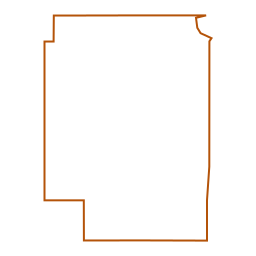 the district of Craig, Oklahoma, United States of America
{"feature_id": "52423323B42646189341736", "entity_name": "Craig", "entity_type": "district", "adm_level": 2, "iso_a3": "USA", "parent_name": "United States of America", "parent_adm1": "Oklahoma", "projection": "robinson", "projection_center": [-95.173, 36.755], "detail": "fine", "context": "isolated", "style": "outline", "palette": "amber", "viewbox_px": 256, "rotation_deg": 0, "n_neighbors": 0, "source": "geoboundaries", "source_scale": "gbopen_adm2", "svg_char_len": 455}
<svg xmlns="http://www.w3.org/2000/svg" viewBox="0 0 256 256"><path d="M44.5,200.3L83.8,200.3L83.9,240.5L138.6,240.4L207.0,240.6L207.0,200.3L209.3,166.7L209.4,41.3L211.5,38.2L200.6,33.2L197.3,27.8L196.0,17.8L206.1,15.4L204.7,15.4L197.5,15.4L194.6,15.4L190.2,15.4L181.0,15.4L162.5,15.4L149.9,15.4L148.5,15.4L141.5,15.4L134.6,15.4L86.1,15.5L84.1,15.5L82.9,15.5L53.8,15.5L53.6,41.5L44.5,41.5L44.5,200.3Z" fill="none" stroke="#b45309" stroke-width="2"/></svg>